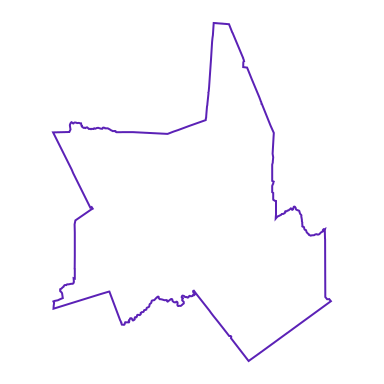 Los Herreras, Nuevo León, Mexico
{"feature_id": "50627088B26281620081416", "entity_name": "Los Herreras", "entity_type": "district", "adm_level": 2, "iso_a3": "MEX", "parent_name": "Mexico", "parent_adm1": "Nuevo León", "projection": "mercator", "projection_center": [-99.412, 25.939], "detail": "fine", "context": "isolated", "style": "outline", "palette": "violet", "viewbox_px": 384, "rotation_deg": 0, "n_neighbors": 0, "source": "geoboundaries", "source_scale": "gbopen_adm2", "svg_char_len": 5894}
<svg xmlns="http://www.w3.org/2000/svg" viewBox="0 0 384 384"><path d="M213.7,23.0L212.9,35.2L212.5,37.9L212.1,41.8L211.0,59.6L210.6,65.2L209.1,87.0L208.7,91.5L208.6,92.0L208.3,92.6L208.5,93.3L207.4,103.7L207.3,105.1L207.0,106.4L206.3,114.9L206.1,117.9L205.9,118.1L205.7,120.1L189.3,125.9L178.0,130.1L173.5,131.6L167.6,133.9L132.3,132.1L116.5,132.2L115.7,131.8L115.7,131.5L115.5,131.1L115.1,131.0L112.7,131.1L112.1,130.7L111.3,130.4L109.6,129.3L107.7,128.3L105.1,128.3L104.8,127.9L104.0,127.7L103.5,127.6L103.0,127.7L102.8,127.8L102.5,128.6L102.2,128.8L100.6,128.6L98.1,127.8L96.5,128.1L95.5,128.7L95.3,128.7L94.2,128.3L93.6,129.0L92.5,128.9L91.5,128.9L91.0,129.2L90.0,128.8L89.0,129.0L87.2,127.4L86.2,127.5L85.6,128.0L85.2,128.1L84.4,127.7L83.8,127.9L83.6,127.9L81.9,126.6L81.8,126.4L81.8,126.2L82.0,126.0L82.0,125.8L81.5,125.6L81.0,123.3L79.9,123.3L79.3,123.0L78.8,122.9L77.1,123.1L76.3,122.7L75.2,122.5L74.6,122.5L74.2,122.7L73.7,123.0L73.5,123.4L73.2,123.5L72.3,122.9L71.6,122.2L71.3,122.3L70.5,123.3L69.9,124.9L69.9,125.7L70.5,129.5L69.3,132.0L53.1,132.4L71.7,169.6L73.2,173.2L90.3,207.6L91.6,207.0L92.7,208.7L91.2,209.5L75.4,220.4L74.6,224.3L74.8,232.5L74.8,255.9L74.7,267.5L74.6,268.6L74.8,268.7L74.8,278.6L73.6,278.2L73.9,281.9L73.7,282.0L73.4,283.3L72.8,283.7L72.3,283.8L71.0,283.8L69.8,284.1L68.7,284.3L67.2,284.3L66.9,284.5L66.3,285.1L65.3,285.0L64.5,285.2L64.3,285.6L63.7,286.2L63.6,286.6L63.5,286.8L62.8,287.2L61.3,288.7L60.2,289.2L60.1,290.3L60.4,290.8L60.3,291.3L61.4,292.2L62.0,293.1L62.1,293.5L62.8,298.1L60.1,299.2L57.8,300.3L54.7,300.9L53.4,301.4L54.1,302.8L53.7,305.7L53.5,308.7L100.2,294.2L108.6,291.7L109.0,291.7L109.4,291.6L120.2,320.4L120.5,320.8L120.8,321.7L121.2,322.2L121.1,322.3L121.1,322.7L121.3,323.0L121.8,324.6L123.8,324.8L124.3,324.7L124.5,324.5L124.7,323.7L125.0,323.0L125.1,322.6L125.2,322.3L125.7,322.2L126.3,322.4L127.3,322.3L128.7,322.4L129.0,322.3L129.2,321.7L128.7,321.3L128.8,320.8L129.1,320.0L129.7,319.7L130.0,318.7L130.3,318.3L131.1,318.2L131.6,318.4L131.9,318.8L132.6,320.2L132.8,320.4L133.3,320.4L134.4,319.7L134.7,319.3L134.7,319.1L134.5,318.6L134.5,318.3L134.8,317.9L135.0,317.3L135.2,317.2L135.6,317.1L136.1,317.4L136.4,317.3L136.9,316.5L137.1,315.3L137.2,315.1L137.7,314.8L138.0,314.8L139.4,315.1L140.2,314.8L140.8,314.0L140.8,313.8L140.6,313.3L140.6,313.1L140.7,312.9L141.2,312.7L141.5,312.3L141.9,312.1L142.8,312.1L143.5,311.8L143.8,311.3L144.1,310.3L144.4,310.1L145.2,310.0L146.3,309.6L146.4,309.2L146.6,308.2L147.0,307.7L148.6,307.1L149.1,306.6L149.3,306.2L149.6,304.4L149.9,304.0L150.8,303.3L151.3,302.7L151.4,302.2L151.6,301.2L151.8,300.8L152.2,300.5L152.8,300.4L153.7,300.2L154.3,300.1L156.5,297.7L157.2,297.1L157.8,296.7L158.4,296.7L158.7,297.0L158.7,298.1L159.8,299.2L160.7,299.2L162.2,299.5L164.4,300.2L166.7,300.1L167.1,300.5L167.0,301.0L167.3,301.4L167.6,301.6L167.9,301.5L168.2,301.1L168.6,300.9L170.8,299.2L171.3,299.0L171.8,299.1L172.2,299.3L172.3,299.5L172.4,300.5L172.7,301.2L174.0,302.2L175.0,302.4L175.5,302.3L175.8,302.2L176.2,301.8L176.5,301.7L176.9,301.8L177.3,302.1L177.5,302.6L177.6,303.1L177.4,304.9L177.6,305.5L177.8,305.8L178.2,306.0L178.5,306.0L179.4,305.8L180.6,305.9L181.1,305.7L181.7,305.2L182.5,304.4L183.6,303.6L183.8,303.3L183.7,301.8L183.3,301.4L182.6,300.8L182.2,300.3L182.2,299.9L182.3,299.3L182.9,298.6L183.0,298.3L182.9,298.1L182.0,297.8L181.7,297.4L181.8,296.5L182.1,296.0L182.4,295.7L182.7,295.6L183.4,295.8L184.0,296.0L184.4,296.3L185.1,297.0L186.1,297.1L186.8,297.0L187.3,297.5L187.7,297.6L188.1,297.5L188.5,297.3L188.9,296.4L189.5,295.9L190.0,295.9L190.6,296.2L191.0,296.3L192.5,296.0L192.7,295.7L192.8,295.2L193.1,294.9L193.4,294.9L193.9,295.2L194.1,295.2L194.7,294.6L195.0,294.2L195.0,293.9L194.7,293.6L194.1,293.0L193.5,292.7L193.2,291.9L193.1,291.5L193.2,291.0L193.4,290.8L193.9,290.7L195.8,293.3L209.5,310.7L210.9,312.7L213.5,316.1L218.1,321.8L229.2,336.0L230.7,336.0L231.3,336.9L230.9,338.1L248.6,361.0L260.2,352.7L330.9,301.2L329.2,299.1L328.9,299.2L327.9,299.2L327.1,299.2L325.3,297.0L325.2,271.4L325.1,239.0L325.0,238.7L324.8,230.0L325.0,229.5L325.1,229.0L324.6,229.3L323.6,229.2L323.3,229.7L322.9,230.0L322.8,230.4L323.1,231.1L323.1,231.3L321.2,232.3L320.8,232.6L319.4,234.1L319.0,234.3L318.5,234.5L317.6,234.5L317.3,234.5L317.0,234.3L316.3,234.2L316.2,234.3L315.1,234.5L314.3,235.1L313.8,235.2L312.2,235.3L311.3,235.4L311.0,235.6L310.4,235.6L309.7,235.1L309.0,234.9L308.7,234.1L308.0,233.7L306.9,232.5L306.5,231.9L306.3,231.1L306.0,230.2L305.7,230.0L304.9,229.8L304.5,229.3L304.2,228.4L304.1,227.6L303.9,227.1L303.5,226.8L302.7,226.7L302.3,226.4L302.4,225.1L302.2,223.7L302.3,222.6L301.9,221.2L301.9,219.9L301.6,218.1L301.6,217.9L301.3,216.8L301.4,215.5L301.2,214.9L300.5,214.3L300.2,213.8L299.6,212.4L299.4,211.2L299.1,210.8L298.8,210.7L298.6,210.5L297.7,210.3L296.2,209.6L295.9,209.1L295.6,207.8L294.9,206.8L294.4,206.6L294.0,206.7L293.8,206.8L293.5,207.8L293.2,208.3L293.1,209.2L292.4,209.8L292.2,209.8L292.0,209.7L291.4,208.6L290.8,208.4L290.6,208.6L290.3,209.1L289.9,209.3L289.5,209.5L289.0,210.0L288.5,210.4L287.7,210.5L287.4,210.6L286.9,211.1L286.5,211.4L285.5,211.2L285.2,211.4L285.1,211.8L285.0,212.6L284.8,213.0L284.5,213.3L283.8,213.5L283.3,213.9L281.8,214.0L281.0,214.9L279.5,215.6L278.6,216.1L278.0,216.2L276.7,217.4L275.7,218.6L275.8,216.8L276.0,214.6L276.0,211.8L276.0,201.0L275.0,200.8L274.6,200.7L274.2,200.3L273.4,199.9L273.2,199.3L273.2,192.9L272.2,192.2L272.2,185.9L272.9,184.1L273.2,183.8L273.4,182.4L273.7,181.6L272.2,180.9L272.2,164.6L272.6,163.2L272.8,162.3L272.8,161.4L273.2,157.3L272.6,153.8L273.8,132.9L270.5,125.5L261.8,103.8L261.5,103.8L261.3,102.4L261.1,101.8L260.6,100.9L260.5,100.4L259.3,97.2L251.9,79.5L247.1,67.6L243.2,67.1L243.3,62.6L243.7,61.2L243.8,61.0L244.0,61.0L243.7,59.7L243.1,58.2L243.1,57.8L242.9,57.6L242.8,57.2L242.4,56.3L232.5,32.7L232.2,32.4L231.9,31.5L231.8,31.3L229.0,24.2L213.7,23.0Z" fill="none" stroke="#5b21b6" stroke-width="2"/></svg>